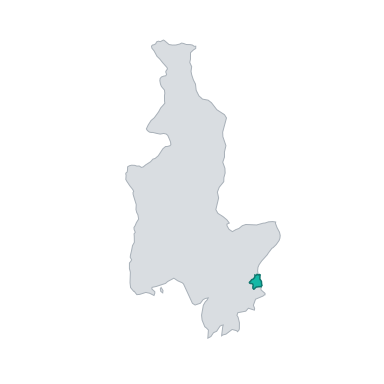 Jangphung, Hwanghae-bukto, North Korea shown in context, rotated 310°
{"feature_id": "82179303B70820658627831", "entity_name": "Jangphung", "entity_type": "district", "adm_level": 2, "iso_a3": "PRK", "parent_name": "North Korea", "parent_adm1": "Hwanghae-bukto", "projection": "mercator", "projection_center": [126.771, 38.094], "detail": "fine", "context": "in_parent", "style": "filled", "palette": "teal", "viewbox_px": 384, "rotation_deg": 310, "n_neighbors": 0, "source": "geoboundaries", "source_scale": "gbopen_adm2", "svg_char_len": 4406}
<svg xmlns="http://www.w3.org/2000/svg" viewBox="0 0 384 384"><g transform="rotate(310 192 192)"><path d="M222.8,275.4L221.6,276.1L219.4,280.0L217.4,284.9L215.4,287.5L213.2,289.0L210.8,289.9L205.9,290.3L201.6,289.9L200.2,289.4L194.2,289.7L192.5,290.0L183.9,289.7L179.5,290.1L176.6,291.0L173.7,293.0L171.2,296.0L169.0,299.2L164.5,305.0L161.4,307.8L161.3,311.9L161.3,313.1L160.2,314.0L159.8,313.6L158.0,313.3L150.7,309.6L144.7,311.8L143.1,314.8L141.6,315.7L139.2,309.9L135.3,309.8L129.0,304.7L126.4,305.7L125.7,307.8L122.3,312.4L117.5,316.3L116.0,316.8L114.2,316.6L114.5,315.5L112.5,311.1L105.0,309.4L102.3,307.5L100.9,307.1L108.3,302.3L110.2,301.4L108.8,300.3L107.2,299.7L101.2,300.4L98.0,298.9L93.4,299.4L90.2,298.1L96.8,293.3L97.1,290.5L97.0,288.4L100.4,282.0L103.8,278.5L112.5,273.5L116.3,272.8L119.1,273.0L121.3,272.5L118.9,270.6L116.6,269.7L112.1,269.9L107.4,267.0L107.0,263.9L116.1,244.6L116.2,242.9L114.8,238.1L114.3,233.5L107.8,230.9L105.0,230.5L96.6,225.3L93.3,222.7L91.9,223.5L91.7,227.6L90.5,228.6L88.3,229.4L87.2,224.6L85.4,221.2L79.9,217.7L77.9,215.7L78.8,211.5L78.4,211.2L79.3,206.4L82.7,202.8L91.0,196.3L93.1,193.3L97.4,189.7L99.3,189.7L101.2,189.4L101.8,187.9L102.3,186.6L104.0,185.5L108.0,183.5L112.7,180.9L116.4,180.2L120.9,176.3L122.7,174.5L124.6,174.5L125.1,173.7L126.1,171.7L127.6,170.3L129.6,170.1L132.8,169.1L137.0,168.5L139.8,165.2L140.7,162.9L142.6,160.3L146.5,157.4L149.2,153.2L152.2,148.6L153.6,147.2L155.0,146.9L155.8,145.1L156.8,140.3L158.2,135.5L159.0,133.3L162.4,130.8L163.3,129.6L164.1,129.2L165.7,129.5L167.9,128.1L169.9,126.5L171.7,127.1L173.6,128.4L175.6,131.0L176.4,133.1L178.0,134.9L178.3,137.4L179.8,138.5L183.1,139.1L188.5,140.8L192.0,140.9L194.0,142.2L198.1,142.9L206.4,141.9L209.8,142.5L211.3,144.1L213.4,145.4L214.7,145.4L216.6,143.3L218.5,139.7L219.8,137.0L219.8,134.9L218.6,132.6L215.9,130.4L214.1,127.1L212.4,123.6L211.4,122.5L210.5,120.8L210.4,118.3L211.0,116.5L215.1,115.4L220.4,114.7L224.7,115.4L231.9,114.9L236.3,114.0L239.6,114.1L242.6,114.1L243.9,112.6L248.1,109.0L250.2,107.7L252.4,105.3L252.8,102.8L253.2,100.7L254.4,98.5L256.6,95.8L258.5,94.6L260.6,94.7L262.8,96.0L264.2,97.2L265.8,96.9L267.1,94.7L268.0,94.3L270.5,94.1L271.3,92.8L272.2,86.5L273.2,81.6L273.4,78.1L275.7,72.3L276.4,68.8L277.7,67.2L279.2,67.3L280.5,68.3L282.2,68.9L284.3,68.4L285.9,69.3L286.8,71.1L290.0,72.4L290.3,73.4L290.2,79.6L292.0,82.6L294.3,85.2L297.6,87.6L299.3,88.2L300.3,89.9L301.3,92.8L303.6,95.7L304.8,97.8L305.0,100.0L306.1,101.2L304.3,102.6L301.9,101.8L297.8,101.3L292.7,105.5L289.8,107.0L287.8,111.2L283.8,113.7L281.6,116.4L278.8,120.9L276.9,125.3L272.6,129.8L270.1,135.5L269.9,140.3L272.7,145.3L272.9,149.5L271.0,158.1L272.1,167.2L270.9,170.8L257.6,177.0L254.2,180.1L249.3,188.2L243.4,191.2L239.7,194.4L234.6,196.4L231.3,202.0L227.8,205.2L223.5,207.2L220.3,209.7L213.2,209.8L208.2,211.5L204.6,216.2L193.8,221.6L192.3,225.6L193.1,231.8L193.1,236.6L192.2,240.5L189.8,239.4L188.6,240.6L187.2,244.3L187.6,248.4L191.2,249.7L194.3,251.4L198.5,252.2L201.7,254.1L208.3,262.7L213.8,266.5L215.2,267.9L218.3,269.8L221.2,272.8L222.8,275.4ZM97.9,233.1L95.9,234.4L95.8,232.0L97.4,230.0L99.0,229.7L97.9,233.1Z" fill="#d9dde1" stroke="#a8b0b8" stroke-width="1"/><path d="M168.8,293.6L168.1,294.2L167.7,294.5L167.0,294.8L166.5,294.9L165.6,294.9L165.1,294.9L164.6,294.8L164.1,294.6L163.7,294.3L163.5,294.2L163.3,294.1L163.0,294.1L162.8,294.1L162.1,294.1L161.3,294.2L160.2,294.0L159.7,294.1L159.4,294.3L159.3,294.9L159.3,295.1L159.5,295.6L159.8,296.0L160.3,296.7L160.4,296.9L160.5,297.2L160.5,297.4L160.5,297.6L160.4,297.9L160.2,298.3L160.1,298.5L159.6,299.0L159.4,299.2L159.2,299.3L158.9,299.3L158.1,299.9L157.5,300.4L157.2,301.7L157.6,302.0L158.0,302.0L158.5,302.1L159.5,302.1L160.5,302.4L161.1,302.8L161.3,303.1L161.9,303.7L162.4,303.9L162.7,304.4L162.9,304.7L163.3,304.9L163.5,305.2L163.7,305.4L163.9,305.8L164.0,305.7L164.5,305.7L165.0,305.7L165.4,305.7L165.6,305.5L165.9,304.9L166.4,304.3L166.9,303.9L167.0,303.7L167.6,303.2L168.0,302.8L168.2,302.4L168.4,301.9L168.6,301.3L168.6,301.0L168.6,300.9L168.8,300.5L168.8,300.3L169.0,300.0L169.1,299.8L169.5,299.5L169.7,299.3L170.4,298.8L171.0,298.3L171.1,298.2L171.5,298.0L172.0,297.7L172.3,297.5L172.3,297.4L172.3,297.2L172.0,296.8L172.0,296.6L171.4,296.5L171.3,296.3L171.2,296.1L171.0,295.7L170.9,295.5L170.7,295.0L170.7,294.8L169.9,294.8L169.4,294.6L169.1,294.3L168.8,293.6Z" fill="#14b8a6" stroke="#0f766e" stroke-width="1.5"/></g></svg>